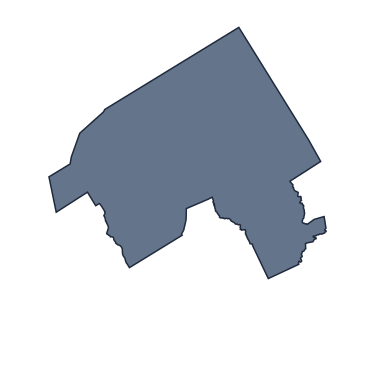 Galeana, Chihuahua, Mexico (orthographic projection), rotated 239°
{"feature_id": "50627088B51134227456684", "entity_name": "Galeana", "entity_type": "district", "adm_level": 2, "iso_a3": "MEX", "parent_name": "Mexico", "parent_adm1": "Chihuahua", "projection": "orthographic", "projection_center": [-107.764, 30.204], "detail": "fine", "context": "isolated", "style": "filled", "palette": "slate", "viewbox_px": 384, "rotation_deg": 239, "n_neighbors": 0, "source": "geoboundaries", "source_scale": "gbopen_adm2", "svg_char_len": 5709}
<svg xmlns="http://www.w3.org/2000/svg" viewBox="0 0 384 384"><g transform="rotate(239 192 192)"><path d="M92.0,288.2L102.9,292.6L104.0,288.7L105.6,282.5L104.9,274.2L105.4,274.1L105.6,274.0L105.6,273.8L105.7,273.6L105.9,273.4L106.2,272.8L107.1,272.2L107.5,272.0L107.7,271.5L108.0,271.4L108.3,271.3L108.6,271.1L109.4,271.0L110.1,271.4L111.8,273.2L112.1,274.4L112.4,274.6L112.8,274.9L113.2,275.3L113.5,275.4L114.8,276.8L115.3,277.1L115.9,277.6L116.8,278.0L117.9,278.3L118.3,278.7L118.9,278.9L119.3,279.0L119.9,279.1L120.5,279.2L121.0,279.5L121.9,279.8L122.1,280.3L122.9,280.7L123.4,280.6L123.8,280.6L124.0,280.3L124.4,280.3L125.7,280.6L125.9,280.3L125.7,279.9L125.9,279.6L126.7,279.5L127.0,279.0L127.6,279.0L128.0,279.8L128.2,280.2L128.5,281.6L129.7,281.6L130.3,282.3L131.0,282.6L131.4,282.7L131.7,282.9L132.0,282.9L132.3,282.8L132.4,282.5L132.5,282.3L132.6,281.8L132.7,281.6L132.9,281.3L133.2,281.0L133.9,280.4L136.9,282.8L138.0,282.2L138.4,282.1L138.7,281.8L138.9,281.3L139.3,281.1L139.8,281.0L140.2,280.9L140.5,280.8L141.3,280.7L141.7,280.7L142.3,280.8L143.5,281.3L144.1,281.1L144.4,280.8L145.3,281.5L145.5,281.8L146.0,282.1L146.3,282.2L147.1,282.1L147.7,281.8L148.4,281.8L149.6,281.6L150.1,281.4L150.8,281.5L151.9,318.0L176.8,318.8L245.9,317.8L309.0,316.9L307.7,160.0L306.2,157.2L300.2,126.1L284.2,106.6L278.8,102.0L278.7,77.2L244.6,65.2L245.7,102.3L229.9,102.4L229.8,106.5L229.7,106.7L229.4,106.8L228.8,107.0L228.3,106.9L228.0,107.0L226.4,107.1L225.3,107.2L220.3,107.2L220.1,106.9L219.9,106.8L219.6,106.8L219.4,107.0L219.1,106.9L218.9,106.8L218.5,106.5L218.4,106.3L218.1,106.0L218.0,105.6L217.4,104.7L217.0,104.2L216.7,104.2L216.4,104.3L215.8,104.3L215.4,104.2L215.1,104.2L214.5,104.1L213.7,103.7L213.0,103.6L212.6,103.4L212.0,103.2L211.6,102.9L211.3,102.9L210.9,103.1L210.3,103.2L209.7,103.1L209.6,102.8L209.4,102.8L209.1,102.8L208.6,102.7L208.1,102.8L207.9,102.8L207.3,102.8L206.2,102.6L205.9,102.4L205.4,102.4L204.3,101.9L203.5,101.0L201.8,99.1L200.3,97.4L200.1,97.4L198.7,98.1L198.1,98.2L196.7,99.0L195.5,99.0L195.4,99.1L195.4,99.3L195.1,99.9L195.0,100.2L194.2,100.9L193.7,101.1L192.9,101.1L192.6,101.0L191.4,100.5L191.0,100.4L190.8,100.5L190.5,100.5L190.1,100.4L189.4,100.6L188.6,100.6L188.2,100.5L187.9,100.5L187.7,100.3L187.1,100.4L186.7,100.6L186.4,100.6L186.0,100.8L185.6,101.0L185.1,101.1L184.5,101.7L184.3,101.9L183.7,102.2L183.1,102.7L182.9,102.8L182.4,103.0L181.3,103.1L180.0,103.1L179.6,103.0L178.6,102.7L176.0,101.2L175.4,101.0L174.7,100.6L174.3,100.4L173.3,100.3L172.7,100.2L171.3,100.3L170.2,100.4L169.7,100.4L168.1,99.8L166.5,99.4L166.0,99.4L165.1,99.2L164.6,99.2L164.1,99.3L163.2,99.4L161.3,99.4L159.4,99.4L159.7,130.5L160.0,161.3L161.3,161.3L163.4,164.9L163.7,165.4L166.8,168.2L166.8,168.4L170.3,171.7L171.8,173.0L180.7,178.6L177.5,202.0L177.1,206.6L176.2,206.4L175.8,206.3L175.3,206.2L175.0,206.2L174.7,206.2L174.3,206.1L174.1,206.0L173.8,206.0L173.5,205.9L173.4,205.9L173.2,205.6L172.9,205.4L173.0,205.2L172.9,205.1L172.5,204.9L172.4,204.8L171.6,204.7L171.5,204.9L171.4,204.9L171.2,204.8L170.9,204.7L170.7,204.9L170.6,204.6L170.1,204.6L170.1,204.4L169.7,204.4L169.5,204.1L169.4,204.1L169.2,204.3L169.1,204.1L168.9,203.9L168.6,204.2L168.4,204.2L167.9,204.0L167.5,203.9L167.3,203.8L166.8,203.5L166.4,203.3L166.2,203.3L165.7,203.3L165.3,203.1L165.2,203.1L164.9,203.1L164.4,202.8L164.3,202.7L163.9,202.7L163.6,202.6L163.5,202.4L163.3,202.4L163.0,202.5L162.6,202.8L162.0,203.0L161.4,202.9L161.0,202.8L160.2,202.8L159.8,202.9L159.4,202.9L158.3,203.0L158.0,203.1L157.6,203.2L157.2,203.2L156.8,203.0L156.3,202.6L156.1,202.5L155.9,202.6L155.6,202.8L155.3,203.0L154.7,203.6L154.6,203.8L154.5,204.4L153.8,204.8L153.7,205.4L152.6,205.9L152.2,206.4L152.2,206.9L151.9,207.3L151.7,208.1L151.5,208.4L150.9,208.7L150.7,208.8L150.4,209.6L150.1,210.1L149.7,210.4L149.2,210.5L148.7,210.8L148.1,210.5L147.9,210.6L147.3,210.8L146.9,210.7L146.6,210.7L146.3,211.1L145.8,211.4L145.6,211.4L144.9,211.9L144.5,212.1L144.2,212.3L143.9,212.4L143.3,212.6L142.5,212.6L142.0,212.9L141.9,213.4L141.5,213.8L141.0,214.0L140.7,214.5L139.9,214.9L139.8,215.2L139.7,215.5L139.5,216.0L138.7,216.4L138.4,216.3L137.8,215.9L137.4,215.5L137.3,215.3L137.1,215.1L136.8,215.0L136.5,215.0L136.2,214.9L135.9,215.0L135.7,214.9L135.6,214.7L135.2,214.2L135.0,214.4L134.6,214.7L134.4,214.7L134.2,214.7L133.8,214.8L133.7,215.0L133.7,215.7L133.4,216.0L133.0,216.6L132.9,216.9L132.7,217.3L132.6,217.6L132.4,218.1L132.2,218.1L131.4,218.0L131.1,217.9L130.8,217.8L130.1,217.2L129.8,217.0L129.3,216.9L128.7,216.3L128.0,216.4L127.9,216.4L127.3,216.1L127.1,216.1L126.9,216.2L126.4,216.2L125.8,215.9L124.7,215.9L123.8,215.7L119.6,215.6L117.9,215.1L116.1,216.9L114.5,216.3L78.5,212.8L75.0,246.3L75.9,246.6L76.3,246.6L76.6,246.8L76.8,247.0L76.9,247.3L77.0,247.5L77.3,247.8L77.5,248.2L76.5,248.5L76.0,249.0L75.9,249.6L76.1,250.1L76.6,250.5L77.0,250.7L78.0,250.8L79.3,250.8L79.5,250.9L79.7,252.2L79.9,253.1L80.1,253.4L80.7,253.5L81.3,253.6L82.4,253.6L82.7,254.3L83.0,254.8L84.0,255.7L84.1,256.1L84.1,256.3L83.8,256.7L83.9,257.0L83.8,257.5L83.9,257.9L84.2,258.2L84.6,259.1L84.7,259.5L84.8,259.8L84.8,260.3L87.0,261.4L89.4,262.8L89.3,263.4L89.0,264.6L88.0,267.6L87.1,269.8L87.1,270.0L87.7,271.1L88.3,272.4L88.4,273.2L88.5,273.4L88.4,273.6L88.2,273.8L88.0,274.0L88.1,274.3L88.5,274.7L89.7,273.9L90.1,273.5L90.5,273.3L90.8,273.1L91.2,272.8L91.7,273.4L91.2,273.9L91.0,274.1L91.0,274.7L90.7,275.2L90.6,275.4L90.8,276.3L90.9,276.8L90.8,277.3L90.3,278.0L90.1,278.4L90.2,279.9L90.1,280.1L89.9,280.3L89.1,281.5L89.0,282.1L88.9,282.4L88.8,282.7L88.8,282.9L88.8,283.2L88.6,284.2L88.6,284.6L88.9,285.3L89.1,285.9L89.1,286.5L89.4,286.9L90.4,286.2L90.8,286.1L91.3,286.4L91.6,287.3L92.0,288.0L92.0,288.2Z" fill="#64748b" stroke="#1e293b" stroke-width="1.5"/></g></svg>